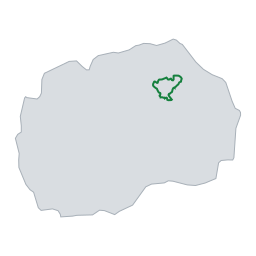 Probištip highlighted on a map of North Macedonia
{"feature_id": "MKD-2904", "entity_name": "Probištip", "entity_type": "Statistical Region", "adm_level": 1, "iso_a3": "MKD", "parent_name": "North Macedonia", "parent_adm1": "", "projection": "mercator", "projection_center": [22.168, 41.948], "detail": "fine", "context": "in_parent", "style": "outline", "palette": "green", "viewbox_px": 256, "rotation_deg": 0, "n_neighbors": 0, "source": "natural_earth", "source_scale": "10m", "svg_char_len": 2357}
<svg xmlns="http://www.w3.org/2000/svg" viewBox="0 0 256 256"><path d="M113.5,52.3L118.4,53.0L129.1,49.9L135.7,45.7L139.1,45.1L143.6,43.4L150.1,43.7L156.6,45.5L165.0,43.1L173.2,39.1L176.4,40.1L180.0,43.5L182.3,44.4L195.9,62.1L203.4,69.3L212.2,74.7L222.2,78.7L225.8,82.5L232.1,101.2L235.2,108.3L239.4,110.5L240.5,112.5L240.6,115.2L235.9,128.3L233.9,157.7L232.7,160.0L227.7,159.9L221.1,160.5L218.6,162.8L215.9,178.5L205.2,183.0L195.5,185.5L187.3,184.9L173.0,181.2L168.3,180.8L164.3,182.9L151.5,184.1L145.8,186.8L132.6,205.1L119.2,211.4L114.7,214.6L104.4,210.6L99.5,210.2L92.5,214.9L76.9,215.3L72.7,216.1L60.8,216.9L60.3,214.3L58.1,210.7L52.5,208.9L41.1,210.4L38.3,207.7L33.6,192.2L30.0,189.7L25.9,184.4L18.9,167.5L18.7,160.0L19.2,153.5L15.4,138.3L17.7,134.4L21.3,132.0L21.3,125.8L20.3,116.4L24.6,98.0L25.7,96.7L26.8,97.6L37.1,99.0L39.7,96.7L41.4,93.1L41.9,79.5L44.4,73.3L69.2,61.4L76.5,60.9L82.1,66.4L86.5,69.9L89.2,69.8L90.2,66.3L93.2,59.5L98.3,55.6L113.3,52.3L113.5,52.3Z" fill="#d9dde1" stroke="#a8b0b8" stroke-width="1"/><path d="M174.6,87.9L174.2,87.6L173.9,87.7L173.3,88.1L172.6,89.4L172.4,90.3L172.2,91.3L171.8,92.2L171.0,92.6L170.4,93.1L169.7,93.8L169.2,93.8L168.9,94.0L168.6,94.6L168.7,95.5L169.8,97.1L171.8,99.6L171.4,100.0L170.6,100.1L169.3,100.1L168.3,100.2L167.3,99.8L167.1,98.8L167.1,98.3L166.8,97.8L166.2,97.6L165.2,98.2L165.0,98.3L165.0,98.2L164.7,97.8L164.4,97.6L164.2,97.6L163.9,97.8L163.6,97.8L163.1,97.6L162.5,97.3L161.8,97.3L161.2,97.3L160.7,97.4L160.7,97.1L160.1,96.5L159.9,96.3L159.6,95.8L159.6,95.5L160.1,95.2L160.3,94.4L160.4,93.6L160.3,93.2L160.0,92.9L159.2,92.7L158.6,92.2L157.6,90.4L156.9,88.7L156.0,88.2L154.5,87.1L153.3,85.9L153.0,85.0L153.2,83.8L153.7,82.8L154.1,81.8L154.2,81.7L154.5,81.5L154.8,81.5L155.4,81.8L156.2,82.3L156.8,82.8L157.2,82.9L157.6,82.8L157.8,82.4L158.0,81.5L158.4,80.5L159.0,79.7L159.5,79.5L160.2,79.5L161.3,79.5L162.5,79.3L163.3,78.9L165.4,78.1L166.4,77.6L167.2,78.3L167.6,79.1L168.1,79.5L169.1,79.5L169.6,79.3L170.1,78.9L170.5,78.7L171.0,78.7L171.4,79.3L171.9,80.1L172.6,80.3L173.0,80.3L173.6,79.5L173.6,77.9L173.6,75.9L174.0,75.6L174.5,75.6L175.6,75.6L177.0,75.6L178.6,75.7L179.7,76.3L181.0,77.4L181.7,78.6L181.6,79.1L181.2,80.2L181.0,81.6L180.6,81.7L179.9,82.1L179.2,82.5L178.7,83.5L178.3,84.4L177.0,85.4L175.9,86.6L175.0,87.2L174.6,87.7L174.6,87.9Z" fill="none" stroke="#15803d" stroke-width="2"/></svg>